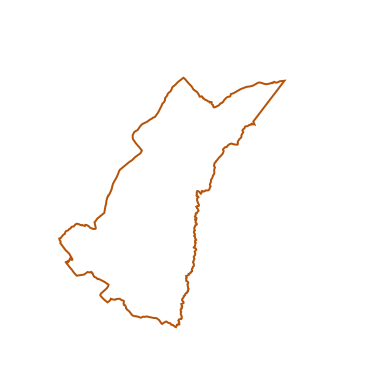 outline of Nachingwea, Lindi, United Republic of Tanzania, rotated 140°
{"feature_id": "72390352B76457855664867", "entity_name": "Nachingwea", "entity_type": "district", "adm_level": 2, "iso_a3": "TZA", "parent_name": "United Republic of Tanzania", "parent_adm1": "Lindi", "projection": "robinson", "projection_center": [38.431, -10.327], "detail": "fine", "context": "isolated", "style": "outline", "palette": "amber", "viewbox_px": 384, "rotation_deg": 140, "n_neighbors": 0, "source": "geoboundaries", "source_scale": "gbopen_adm2", "svg_char_len": 6120}
<svg xmlns="http://www.w3.org/2000/svg" viewBox="0 0 384 384"><g transform="rotate(140 192 192)"><path d="M49.7,217.8L53.4,220.3L57.0,221.4L58.0,222.6L58.1,223.4L59.1,223.8L59.9,223.6L60.3,224.1L60.9,224.0L61.3,224.6L62.6,225.0L65.8,226.8L67.2,228.5L69.1,231.6L69.6,232.2L70.6,233.0L71.5,233.3L77.0,234.3L79.7,235.6L82.5,237.4L85.8,238.6L88.9,239.6L96.8,241.0L99.2,242.0L101.1,240.8L101.7,240.8L103.5,241.9L105.1,242.1L108.1,241.8L110.3,241.0L111.5,241.2L112.0,241.0L113.4,241.6L115.3,241.1L119.5,242.0L120.5,242.5L121.0,243.1L120.1,245.0L120.3,246.2L120.2,247.0L119.9,247.6L119.3,248.1L119.2,248.4L120.0,249.0L120.9,249.3L120.7,250.2L121.4,251.1L121.8,252.8L122.7,254.3L122.7,255.6L123.2,256.1L123.3,256.7L123.0,257.1L122.9,258.5L123.1,259.0L123.6,258.9L123.9,259.2L124.4,260.2L124.8,260.3L124.3,261.8L123.8,265.1L125.0,269.4L124.4,273.3L124.7,276.7L124.8,283.4L125.1,285.0L132.2,285.3L135.4,284.9L137.6,284.8L138.1,285.0L140.1,284.8L141.5,283.8L144.0,282.9L146.2,283.0L147.9,282.7L148.7,281.9L152.5,281.1L153.6,279.7L155.5,278.9L158.2,278.6L159.9,277.6L167.0,274.6L172.4,273.3L174.4,274.1L174.9,273.9L177.9,274.5L180.9,274.6L186.5,276.0L189.2,275.7L194.0,274.4L196.1,274.9L197.9,275.0L201.1,273.5L202.8,271.3L203.3,270.0L203.7,265.0L203.6,259.9L203.7,256.1L204.5,255.6L206.7,254.8L213.4,255.3L217.2,254.9L220.4,255.3L233.1,255.4L234.9,254.6L237.1,253.3L240.8,251.5L247.3,249.1L252.1,245.6L256.2,243.6L257.6,243.1L258.3,243.3L259.0,242.6L260.0,242.5L263.7,239.9L265.0,238.5L267.3,236.8L267.2,237.0L272.6,232.4L281.7,232.5L285.0,231.6L286.1,231.5L288.6,226.7L289.0,226.1L289.5,225.9L289.9,226.0L291.5,227.2L293.0,230.2L293.1,232.4L294.1,234.7L294.9,235.4L295.9,234.9L296.9,236.3L297.4,237.5L297.9,237.5L298.8,238.6L299.2,239.8L300.5,241.7L302.3,242.1L304.8,241.6L305.9,242.4L306.8,242.7L308.5,242.2L310.0,242.6L310.7,242.3L311.8,242.3L313.5,243.0L314.4,242.9L316.6,241.6L317.7,242.0L322.2,241.2L323.6,241.7L324.0,240.6L324.3,240.2L324.4,239.9L324.2,239.6L324.5,238.6L324.8,238.0L325.7,237.5L326.2,229.1L325.7,223.8L326.8,217.5L327.3,217.0L327.6,217.1L327.9,217.6L327.8,218.5L328.2,219.4L330.6,218.1L331.1,218.8L331.6,218.9L332.2,218.5L332.4,217.9L332.7,218.0L333.3,219.4L333.8,219.4L334.1,212.1L334.0,210.1L334.3,205.8L334.1,202.0L327.9,198.2L323.4,197.8L322.5,196.6L321.5,195.8L320.6,195.6L320.4,194.9L320.8,194.4L320.4,193.6L321.1,191.8L321.4,189.6L320.6,188.4L320.2,185.8L319.4,185.5L316.8,179.4L315.5,174.7L316.9,173.6L319.3,173.0L326.9,172.7L328.0,172.4L328.5,172.0L328.8,170.8L328.7,169.4L328.5,166.2L327.7,161.8L325.5,161.6L324.2,161.7L322.8,162.4L322.1,161.1L320.2,158.9L319.2,158.8L317.3,157.7L315.9,156.5L315.5,154.6L314.8,153.5L314.6,152.9L314.3,152.7L314.3,152.3L315.7,150.7L316.4,150.3L316.7,149.0L316.2,148.7L316.1,148.0L316.6,146.1L317.3,145.4L317.1,144.7L317.4,144.1L317.3,143.4L316.8,141.2L317.0,135.8L315.8,133.8L314.5,132.6L314.1,131.7L313.4,131.2L312.3,129.0L311.5,128.4L309.5,127.9L308.3,126.6L306.7,125.8L302.5,120.3L300.3,118.2L299.5,114.9L299.9,111.2L299.7,110.1L297.7,110.0L295.0,109.4L294.6,108.4L294.5,107.6L293.5,105.8L293.0,105.3L293.2,103.6L292.1,102.4L291.8,100.3L291.2,98.8L290.3,99.1L289.1,99.9L288.8,99.5L288.3,99.4L287.7,99.6L287.6,99.2L286.8,98.7L285.7,100.2L285.8,100.6L285.2,101.0L285.0,102.4L283.8,102.7L282.8,102.3L281.9,101.6L280.9,101.9L280.7,102.6L280.0,102.9L279.3,104.8L279.4,105.2L278.3,106.6L277.3,107.1L277.1,108.2L276.8,108.6L276.2,109.0L276.0,109.4L275.0,109.2L274.2,110.3L273.7,110.0L272.8,111.0L272.8,111.6L272.2,113.1L270.0,112.4L269.5,112.7L269.1,113.7L269.3,115.1L268.5,116.2L266.0,116.8L265.2,117.5L264.9,117.3L263.9,117.6L263.4,117.5L262.9,118.1L262.1,118.3L261.8,118.2L260.9,118.4L260.4,118.0L259.2,118.8L258.8,118.6L258.2,119.3L257.3,119.6L257.2,120.1L256.8,120.2L256.7,121.2L256.0,121.9L255.0,124.0L254.7,124.3L254.2,124.2L253.1,125.0L252.9,126.4L253.6,127.3L253.1,128.3L251.8,129.3L252.0,129.5L251.9,129.8L251.1,130.1L251.1,130.4L250.7,130.8L250.5,131.4L248.8,130.7L247.8,130.9L247.4,131.3L247.0,130.7L246.3,131.2L244.9,131.0L244.6,131.3L244.2,131.1L243.6,131.3L242.9,131.2L242.4,131.6L242.1,132.6L241.5,133.1L240.2,133.4L239.6,134.1L238.2,134.2L237.7,134.5L236.7,135.9L236.4,137.6L235.8,138.0L235.2,138.0L234.1,138.9L233.1,139.2L232.6,140.8L232.2,141.3L229.9,141.9L229.4,142.4L228.3,144.6L226.0,145.0L225.6,145.6L225.5,146.4L225.9,147.6L226.3,148.0L226.2,148.5L224.9,148.5L222.3,150.4L222.0,150.6L222.3,151.0L222.2,151.2L221.1,152.6L220.7,152.8L220.4,152.5L219.6,152.6L219.3,154.8L218.5,155.7L218.6,157.0L217.3,157.3L216.9,157.6L216.6,159.7L215.6,160.7L214.5,160.6L213.9,162.4L212.8,163.4L211.8,163.6L211.1,164.3L209.5,164.0L209.1,164.1L208.8,164.6L208.9,166.3L207.9,167.2L207.5,168.6L207.2,169.0L206.5,168.1L205.7,168.6L205.3,169.2L205.3,170.0L205.6,170.7L205.6,171.3L203.8,172.1L203.0,173.1L202.6,173.2L202.2,172.8L201.7,172.7L200.3,173.3L199.1,173.4L198.5,174.9L198.5,176.3L198.1,178.0L196.6,177.6L196.0,177.0L195.1,177.5L194.8,178.1L194.4,180.2L193.9,181.0L193.7,182.0L192.3,183.7L191.4,183.9L190.5,183.8L190.2,184.6L190.7,185.5L190.9,185.6L190.9,186.1L190.7,186.5L190.0,186.8L189.9,187.3L189.5,187.5L188.5,188.8L187.7,188.9L187.3,189.3L187.0,189.1L186.4,187.8L186.3,185.4L185.9,185.6L185.7,185.1L184.7,185.6L183.9,186.4L183.6,186.3L182.8,184.8L181.3,184.4L180.7,184.5L178.5,182.8L177.2,182.8L176.5,183.1L175.5,184.0L174.2,184.2L173.8,185.9L173.3,186.4L171.1,187.5L170.0,188.9L167.1,189.9L165.2,191.2L164.0,191.4L162.6,192.2L161.3,194.1L160.5,194.9L158.6,196.1L158.4,197.9L156.0,199.7L154.2,199.8L153.4,200.3L152.0,200.3L149.4,201.0L147.2,201.1L143.9,201.6L141.8,202.7L141.4,203.2L141.0,204.6L140.6,204.8L137.8,205.0L136.6,204.2L135.8,204.2L135.2,204.6L133.2,204.6L132.1,204.4L130.6,203.7L129.5,201.9L128.6,200.8L127.0,199.2L126.3,199.1L125.5,199.8L124.9,200.9L124.6,201.1L121.8,202.1L120.0,202.0L118.9,202.3L117.9,203.5L116.4,204.3L114.6,204.7L114.2,205.0L113.9,206.6L113.2,207.0L111.9,207.2L111.2,207.0L110.5,207.2L109.8,207.8L109.1,207.9L108.4,207.7L107.7,207.0L106.6,206.6L105.3,206.6L104.5,206.3L103.7,205.7L103.1,206.0L102.3,205.9L102.0,204.7L100.9,204.1L100.7,203.7L99.7,206.6L49.7,217.8Z" fill="none" stroke="#b45309" stroke-width="2"/></g></svg>